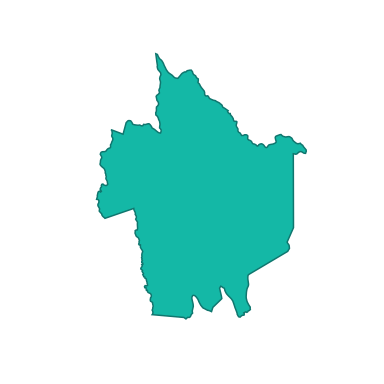 Cametá, Pará, Brazil, rotated 137°
{"feature_id": "56859067B42741261340740", "entity_name": "Cametá", "entity_type": "district", "adm_level": 2, "iso_a3": "BRA", "parent_name": "Brazil", "parent_adm1": "Pará", "projection": "mercator", "projection_center": [-49.501, -2.281], "detail": "fine", "context": "isolated", "style": "filled", "palette": "teal", "viewbox_px": 384, "rotation_deg": 137, "n_neighbors": 0, "source": "geoboundaries", "source_scale": "gbopen_adm2", "svg_char_len": 6068}
<svg xmlns="http://www.w3.org/2000/svg" viewBox="0 0 384 384"><g transform="rotate(137 192 192)"><path d="M259.3,91.2L255.4,93.4L245.7,93.6L242.9,93.7L241.5,95.8L237.4,102.9L235.2,103.5L234.8,102.3L234.5,100.7L234.0,99.7L234.4,98.7L235.0,97.8L235.5,96.5L236.1,94.3L236.2,92.9L236.2,90.5L236.1,89.3L236.1,86.8L236.5,84.4L238.2,80.6L239.4,78.1L239.9,76.8L241.2,73.6L241.8,72.4L242.4,71.6L243.0,69.0L242.2,67.7L240.2,67.7L238.9,67.3L238.0,66.5L236.9,67.1L236.6,68.3L234.4,67.7L234.0,66.6L232.9,66.4L231.9,66.7L230.7,66.2L229.4,66.3L228.8,67.3L227.9,68.1L227.5,70.6L226.7,73.6L226.2,74.8L224.7,77.4L223.7,78.6L220.4,81.7L218.6,83.1L217.3,83.9L214.7,85.0L213.5,86.0L210.5,90.3L209.1,91.8L207.8,92.9L206.4,92.9L162.5,83.3L161.1,83.8L159.3,84.2L158.4,85.3L157.4,86.7L157.1,87.7L157.0,89.2L156.6,90.5L142.1,96.7L91.8,150.9L90.3,148.8L89.1,148.3L86.9,148.3L85.4,147.8L84.5,146.9L83.6,143.9L82.6,142.8L80.6,143.9L79.8,145.0L79.6,148.8L79.2,150.7L79.6,152.4L79.5,153.8L81.2,154.7L82.1,155.6L82.6,157.1L83.0,159.9L82.9,161.2L82.5,162.3L82.3,163.5L82.9,165.9L83.7,166.8L84.6,167.4L86.0,168.3L87.5,170.8L87.7,172.0L87.7,173.3L88.5,173.9L89.6,174.4L91.8,175.3L93.0,175.6L94.1,175.0L95.3,173.0L95.7,172.0L96.5,171.1L97.6,171.0L99.8,171.7L102.6,173.5L103.7,174.0L105.0,173.9L106.0,173.5L107.2,173.7L107.8,174.6L107.8,175.7L107.6,176.9L107.6,178.0L107.9,179.2L108.5,180.1L109.7,180.7L110.9,181.0L111.9,180.7L113.0,181.1L113.0,182.3L113.2,183.3L113.6,184.4L114.3,185.3L114.6,186.2L114.4,187.4L114.0,188.4L114.2,189.5L114.5,190.5L115.1,191.5L115.1,192.7L114.4,193.6L113.5,194.3L112.8,195.3L113.1,196.5L113.7,197.3L114.7,198.1L115.8,198.3L117.2,199.5L116.6,202.2L117.1,203.9L116.8,205.4L116.0,206.1L115.3,207.0L115.1,208.1L114.9,209.3L114.3,210.5L113.3,211.3L112.4,211.8L111.3,212.7L111.5,213.7L112.5,214.4L112.9,215.5L112.5,216.5L111.8,217.6L111.3,219.9L111.3,221.2L111.1,222.4L110.5,223.3L111.3,224.0L111.4,225.5L111.1,226.6L110.1,226.8L111.1,231.4L111.6,232.6L111.4,233.8L110.9,234.8L110.8,236.0L111.2,237.0L111.1,238.0L111.4,239.1L112.4,241.6L112.5,242.7L113.9,244.8L114.9,247.1L115.3,248.1L115.3,249.1L114.9,250.5L114.9,251.6L115.9,252.3L116.5,253.1L116.4,254.3L115.7,255.3L114.8,256.3L114.2,257.7L113.9,262.0L113.6,263.7L112.9,266.0L113.0,267.2L112.8,268.3L111.8,268.8L110.3,270.4L110.7,272.0L110.5,273.5L110.1,274.5L110.7,276.8L110.4,278.3L109.7,279.4L109.4,281.6L110.5,282.6L112.8,284.0L114.7,284.0L115.6,284.9L118.0,285.5L119.2,285.5L121.7,285.1L124.9,284.8L126.4,286.7L126.8,287.8L126.9,291.0L127.7,294.6L127.8,296.1L127.5,298.3L127.2,299.7L126.8,300.8L126.1,303.3L125.2,305.6L124.6,308.0L124.5,309.4L124.7,310.5L124.8,311.9L124.5,312.9L124.3,314.0L123.9,315.1L123.5,316.2L124.2,317.8L128.5,311.8L131.1,308.0L132.0,307.4L132.8,306.1L133.4,304.7L133.5,302.8L133.6,300.7L134.7,299.0L136.9,298.0L138.3,297.0L138.9,296.1L139.3,295.2L139.9,294.1L140.6,293.3L143.1,291.3L144.2,290.2L145.5,289.7L146.8,289.0L147.4,287.9L148.3,286.6L150.3,286.5L151.8,286.7L153.0,286.4L155.2,282.8L155.2,281.5L155.9,279.8L156.9,278.8L158.5,278.4L160.0,278.4L161.0,277.5L162.0,276.3L163.3,275.2L164.4,274.8L165.9,273.0L165.7,271.1L166.1,269.4L167.0,267.7L167.4,266.1L168.8,263.9L169.5,263.1L170.8,262.1L172.0,261.0L172.0,259.7L172.3,258.4L173.0,257.6L174.8,256.6L175.6,257.5L176.1,258.7L176.4,260.5L176.7,263.3L177.5,266.2L177.0,267.4L176.8,268.9L176.7,270.0L176.9,271.3L178.0,272.1L180.2,273.2L181.3,274.5L182.8,274.0L184.0,275.0L184.5,276.6L185.9,277.6L186.7,278.5L188.4,280.6L189.1,282.1L188.5,283.8L188.3,285.9L189.4,287.3L190.5,287.8L192.9,287.6L203.0,281.3L208.7,292.8L208.7,291.5L209.5,290.5L210.1,289.5L212.5,287.8L212.9,286.8L213.2,285.4L214.2,284.3L215.4,283.7L216.6,283.3L217.9,282.5L219.4,282.1L221.0,280.3L222.1,280.2L223.2,280.8L224.3,281.0L225.6,280.9L227.0,280.6L228.2,281.0L230.1,282.6L231.2,283.0L232.3,282.8L233.4,282.1L234.0,279.5L234.8,278.4L235.8,278.2L237.2,277.6L239.1,275.9L240.3,275.1L240.7,273.9L240.7,272.5L240.6,271.1L240.3,269.2L240.8,267.5L241.5,266.0L242.5,265.1L242.8,263.9L243.6,263.0L244.2,261.7L245.6,260.8L246.1,259.9L246.3,258.8L246.8,257.4L247.7,256.3L248.2,255.2L249.4,255.0L250.5,255.3L251.2,256.4L251.8,257.6L251.7,258.6L252.8,259.1L253.9,258.6L254.6,257.5L255.6,257.5L256.7,257.1L257.5,256.3L257.5,255.2L257.9,254.2L259.0,254.4L259.0,255.6L260.1,256.1L261.0,255.8L262.4,254.9L263.8,253.9L264.4,253.1L266.8,251.7L265.8,250.4L266.0,249.2L266.7,248.4L267.6,247.7L268.6,247.4L269.5,246.9L270.2,246.0L270.7,243.8L271.1,242.6L272.1,242.0L272.9,241.2L273.0,239.0L272.9,237.7L273.5,236.8L273.8,235.6L273.8,234.2L273.6,233.1L273.6,232.1L245.8,219.7L246.6,218.6L247.1,217.1L247.4,216.0L248.0,215.0L248.9,214.2L249.0,213.0L249.5,211.9L250.4,211.0L251.7,210.6L252.0,209.5L252.3,207.3L254.1,205.5L256.6,202.5L257.8,201.6L258.8,202.3L259.9,202.5L260.7,201.6L261.7,200.8L262.9,197.8L262.8,196.5L262.5,195.4L262.7,194.4L263.5,192.4L264.5,191.9L265.3,190.9L266.5,190.3L266.7,189.2L265.8,188.5L267.5,186.7L268.0,184.6L268.2,183.2L268.7,182.0L269.8,181.5L271.0,180.8L271.9,179.9L272.6,178.9L273.8,178.3L274.0,177.2L275.0,176.6L275.1,175.6L276.2,175.4L276.9,174.6L276.5,173.6L277.1,172.7L278.3,173.1L278.5,172.1L279.7,171.5L280.9,171.3L281.9,170.7L281.7,168.4L282.7,167.9L282.9,166.6L283.2,165.3L284.4,165.1L284.5,163.9L285.1,163.0L284.5,162.0L285.2,160.9L284.7,159.6L285.5,158.6L286.0,157.7L286.4,156.7L287.1,155.9L287.5,154.9L288.3,154.0L289.4,154.6L290.1,155.5L291.3,155.2L291.8,154.2L291.0,153.4L292.4,151.2L291.7,150.5L292.5,149.5L292.6,148.3L291.7,146.2L291.8,144.9L292.5,143.8L293.3,143.1L294.3,143.0L296.2,141.5L296.8,140.4L296.4,139.2L296.3,138.0L297.0,137.2L298.2,135.0L299.4,134.3L300.4,133.4L301.7,132.8L302.0,131.8L302.5,130.8L303.6,129.8L304.8,129.5L283.5,105.8L283.0,103.3L281.5,103.3L280.5,103.2L279.7,102.2L278.3,101.9L276.5,102.7L275.2,103.0L274.2,103.0L273.0,104.8L269.0,107.5L267.6,109.3L265.3,113.3L264.5,114.5L263.5,115.3L262.1,115.8L261.2,115.3L260.6,114.2L260.5,112.3L260.7,110.5L260.9,109.3L261.8,107.0L262.8,103.3L263.0,100.8L263.0,99.5L262.5,98.4L261.3,94.9L260.6,94.0L260.1,93.1L259.3,91.2Z" fill="#14b8a6" stroke="#0f766e" stroke-width="1.5"/></g></svg>